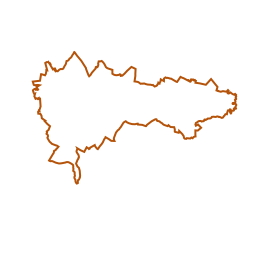 the district of Ricaurte (Coloso), Sucre, Colombia, rotated 101°
{"feature_id": "7082276B22161740589779", "entity_name": "Ricaurte (Coloso)", "entity_type": "district", "adm_level": 2, "iso_a3": "COL", "parent_name": "Colombia", "parent_adm1": "Sucre", "projection": "albers", "projection_center": [-75.366, 9.541], "detail": "fine", "context": "isolated", "style": "outline", "palette": "amber", "viewbox_px": 256, "rotation_deg": 101, "n_neighbors": 0, "source": "geoboundaries", "source_scale": "gbopen_adm2", "svg_char_len": 5717}
<svg xmlns="http://www.w3.org/2000/svg" viewBox="0 0 256 256"><g transform="rotate(101 128 128)"><path d="M99.5,36.7L97.9,36.1L97.6,35.7L96.0,35.1L95.7,34.6L95.6,33.5L94.6,33.6L91.7,33.3L91.5,33.1L91.6,32.0L90.2,31.4L90.3,31.0L91.2,31.3L92.2,31.2L93.1,30.8L94.0,30.0L94.1,29.8L93.6,29.5L92.8,29.5L91.4,29.9L90.8,27.6L90.5,27.4L90.2,27.4L89.0,27.8L88.6,27.6L88.8,26.7L88.5,25.8L88.1,25.7L87.1,26.7L85.1,26.1L84.7,26.1L84.3,26.3L84.0,26.7L83.7,27.5L84.4,29.3L84.4,29.8L84.2,30.0L83.8,30.0L83.5,29.9L82.9,28.2L82.2,27.6L81.9,27.5L81.1,27.7L80.0,28.4L79.7,28.3L79.0,27.4L78.4,27.5L77.8,28.1L76.3,27.8L76.0,28.0L75.7,28.8L75.4,29.0L75.0,28.2L74.8,28.2L74.1,29.4L74.9,30.1L75.0,30.4L75.0,30.9L74.2,33.1L73.5,34.2L73.7,34.6L74.8,35.5L75.0,36.0L74.9,36.6L74.7,36.9L73.9,37.2L72.7,36.4L72.3,36.3L71.7,37.1L72.9,37.8L73.6,38.7L73.7,41.9L74.7,43.8L74.6,45.7L74.5,46.9L74.3,46.9L74.2,48.3L70.6,48.0L64.1,55.8L70.7,59.8L70.5,66.1L70.7,70.4L68.8,70.4L68.8,71.8L68.3,71.8L68.5,72.3L68.4,72.6L68.1,72.5L68.0,73.0L68.4,73.2L68.1,74.4L68.5,74.6L68.4,75.4L69.4,75.6L69.4,75.3L70.0,75.4L70.3,75.3L70.7,75.7L70.7,75.9L70.1,77.5L69.7,77.5L69.4,77.8L69.5,78.2L69.9,78.4L68.5,83.0L68.3,84.4L67.8,86.2L73.4,88.6L73.4,89.2L71.3,95.2L71.5,96.0L71.3,97.1L71.2,98.8L71.5,99.7L71.2,100.9L72.6,102.1L75.1,101.7L74.0,105.1L76.2,105.0L77.6,105.5L78.5,105.5L78.6,106.3L78.0,106.9L79.1,107.0L79.7,107.5L80.5,107.5L81.5,108.5L82.2,109.8L81.0,111.7L81.3,112.1L81.2,114.3L81.6,116.7L81.5,119.1L81.2,120.4L81.4,121.4L81.7,121.8L81.7,122.7L82.2,124.1L81.0,126.5L80.9,127.5L81.0,130.5L75.6,130.7L73.0,131.2L68.6,131.8L68.2,133.1L67.4,136.3L72.1,139.8L75.2,141.7L77.7,143.6L78.2,145.0L77.1,145.3L76.8,146.2L77.6,147.1L78.0,148.2L78.4,149.4L78.5,150.8L78.3,152.2L77.7,153.7L73.9,154.4L73.4,158.8L73.1,160.0L72.6,161.0L72.4,161.3L69.8,163.3L68.4,164.8L67.2,166.6L67.8,167.6L68.2,169.5L70.6,169.6L71.4,169.2L72.2,169.2L73.8,169.5L74.2,169.9L73.9,170.5L74.2,171.1L74.6,171.3L75.7,171.1L80.6,174.0L83.1,174.9L84.6,176.0L83.5,177.0L79.9,179.3L77.9,180.5L77.2,180.7L70.9,186.7L66.6,192.0L63.9,194.8L63.7,195.2L63.9,195.4L65.5,195.7L67.1,196.5L68.9,197.0L70.2,197.8L71.1,198.7L72.3,199.1L73.1,199.6L73.7,200.4L74.0,201.1L76.6,201.2L77.7,201.4L79.3,202.1L82.1,202.9L82.8,203.9L82.9,205.2L83.1,205.6L84.0,206.7L85.7,207.8L85.7,209.2L86.2,209.8L85.2,211.0L84.6,210.2L83.5,211.0L84.0,212.5L84.7,213.0L80.3,216.9L80.1,216.6L80.0,216.8L79.8,216.6L79.3,217.1L79.7,217.5L78.4,218.8L78.6,218.9L78.8,220.3L79.0,220.7L79.6,221.0L80.0,221.6L86.8,218.3L86.8,219.2L87.9,219.0L90.6,219.0L92.1,219.5L91.7,223.1L91.8,223.6L98.4,223.4L100.6,230.3L103.5,228.8L103.8,228.4L103.8,228.0L102.9,224.6L102.9,223.0L105.3,225.7L107.4,223.6L107.8,223.9L107.6,224.7L108.1,225.6L107.9,225.8L107.3,225.9L107.5,227.1L108.2,227.9L109.1,228.5L109.6,228.4L109.9,228.1L111.4,227.4L112.5,226.5L112.0,225.8L114.7,226.0L117.0,224.3L116.2,223.2L116.8,222.1L116.4,221.7L115.8,221.5L115.5,221.2L116.5,220.7L116.1,219.9L123.6,217.9L127.3,218.4L127.5,218.9L127.8,218.9L128.3,218.2L129.2,219.3L129.6,219.3L130.5,218.8L131.0,218.8L131.0,217.7L130.6,216.9L132.4,215.3L134.9,214.4L136.6,210.5L137.2,211.0L139.4,208.0L141.1,204.9L145.0,205.6L146.9,207.1L147.9,206.6L148.9,206.9L149.3,206.9L149.5,206.6L149.7,206.0L150.0,205.6L151.1,205.0L152.1,205.0L152.6,205.3L153.4,205.0L155.9,202.8L156.7,201.9L157.1,201.1L158.1,199.6L158.8,195.6L158.8,194.6L159.6,192.7L161.6,193.8L162.7,194.6L163.6,194.9L164.5,196.2L164.9,196.3L165.5,196.1L167.2,196.3L167.6,196.6L175.0,199.3L175.3,198.5L175.4,197.8L175.0,196.5L175.0,195.8L175.8,192.4L176.0,189.1L175.6,187.3L175.0,185.7L173.8,182.8L173.3,182.0L172.9,180.5L173.1,179.1L173.8,176.9L174.6,175.2L174.9,174.8L176.5,174.3L177.6,174.2L178.3,173.8L180.5,173.6L180.8,173.3L181.2,172.3L182.0,171.8L183.8,171.5L184.9,171.0L185.6,171.0L186.3,171.3L187.1,171.1L187.7,170.8L188.9,169.7L189.9,169.5L190.8,169.2L191.9,168.3L192.3,167.7L191.9,167.0L191.6,166.7L189.9,167.1L188.9,167.1L188.6,167.0L188.4,166.6L187.9,166.3L186.8,166.0L185.8,166.0L185.7,165.8L185.3,165.8L184.0,165.9L179.3,167.2L176.6,168.5L176.2,169.0L175.5,170.2L173.0,172.1L172.7,172.2L168.7,171.4L168.1,171.0L167.0,171.0L166.6,170.6L166.2,170.6L165.6,170.7L164.0,171.4L163.4,171.9L162.7,172.7L161.3,173.9L160.8,174.1L160.2,174.1L157.9,173.7L157.6,173.9L158.9,170.3L159.8,166.4L154.8,164.9L155.6,162.9L156.1,162.3L155.5,161.6L154.8,161.6L154.6,161.5L151.1,157.4L151.7,157.1L152.5,156.5L153.9,154.8L154.3,154.3L154.5,153.6L151.1,152.1L149.0,150.9L147.0,150.0L143.6,149.2L142.0,148.4L141.3,148.3L142.6,144.6L143.8,142.0L143.3,138.8L142.2,139.5L141.0,139.9L139.9,139.8L134.7,138.9L132.2,137.6L131.0,136.5L129.9,136.1L128.3,135.2L124.0,133.6L123.1,133.0L122.1,131.9L121.8,131.5L122.7,129.9L123.2,127.7L123.4,124.8L123.0,121.9L122.0,119.7L121.9,119.2L122.7,118.9L122.2,114.6L122.8,111.0L122.7,110.6L121.3,110.0L116.8,106.0L114.2,102.8L114.0,101.8L114.1,101.6L115.2,101.0L115.4,100.7L115.5,98.3L116.3,97.1L116.7,95.7L117.6,94.4L118.1,93.1L118.6,89.4L117.5,88.8L118.8,86.7L118.9,86.3L118.4,82.8L120.4,81.8L122.6,81.4L122.8,81.2L123.0,77.3L121.9,77.1L121.1,77.2L123.7,73.4L124.4,72.8L125.2,71.9L127.0,71.1L127.4,70.7L127.6,70.4L127.6,69.8L127.5,68.7L126.8,68.4L126.4,64.8L125.3,64.0L125.7,62.6L124.8,62.2L124.2,61.7L123.6,60.7L123.4,60.1L121.6,60.6L117.5,61.4L117.2,59.0L113.8,56.3L111.2,59.9L111.9,60.7L112.8,61.8L111.7,62.5L110.1,62.3L108.9,60.9L108.1,60.3L107.6,59.5L107.3,58.5L107.3,57.5L107.6,56.8L107.2,56.3L106.9,55.1L106.5,54.8L105.9,54.8L105.1,54.5L105.0,54.1L105.3,53.6L105.3,53.2L104.6,52.7L104.1,51.8L103.5,51.5L103.0,49.3L102.5,48.5L102.0,48.1L101.1,47.8L101.0,47.5L100.6,46.2L100.5,44.4L100.4,43.9L99.6,42.7L99.6,41.7L99.9,40.8L99.6,40.2L100.2,37.8L99.5,36.7Z" fill="none" stroke="#b45309" stroke-width="2"/></g></svg>